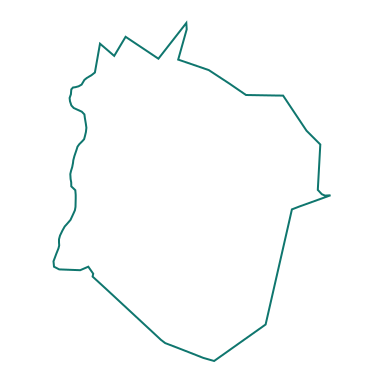 the district of Nova Santa Rita, Piauí, Brazil
{"feature_id": "56859067B4327076074901", "entity_name": "Nova Santa Rita", "entity_type": "district", "adm_level": 2, "iso_a3": "BRA", "parent_name": "Brazil", "parent_adm1": "Piauí", "projection": "natural_earth1", "projection_center": [-42.096, -8.116], "detail": "fine", "context": "isolated", "style": "outline", "palette": "teal", "viewbox_px": 384, "rotation_deg": 0, "n_neighbors": 0, "source": "geoboundaries", "source_scale": "gbopen_adm2", "svg_char_len": 1112}
<svg xmlns="http://www.w3.org/2000/svg" viewBox="0 0 384 384"><path d="M186.3,23.0L158.4,58.7L125.6,36.8L114.2,55.9L100.0,43.7L94.9,72.5L91.6,75.1L86.9,77.9L84.4,79.9L81.6,84.6L78.6,86.3L75.3,87.2L73.0,87.5L71.3,89.4L70.9,94.3L69.6,98.0L70.0,101.3L71.4,105.5L73.7,108.0L81.8,111.7L84.4,114.4L84.9,118.2L85.8,123.5L86.4,127.8L85.9,132.1L85.0,135.9L84.1,139.2L82.4,141.1L79.3,144.2L77.5,146.7L76.5,149.9L74.4,156.1L73.3,160.3L73.0,163.0L72.2,167.1L71.0,171.0L70.3,174.1L70.6,179.0L71.2,182.3L71.3,186.4L75.3,190.2L75.7,194.9L75.7,198.6L75.5,206.9L74.9,210.3L73.6,213.2L70.5,219.9L66.6,224.4L64.7,226.5L62.4,230.6L60.0,235.6L59.0,239.3L59.0,242.6L59.2,245.4L58.5,248.3L56.3,253.8L55.2,256.8L53.5,261.3L54.0,266.7L59.2,269.4L80.2,270.2L88.3,266.7L93.2,273.7L92.6,276.6L106.9,289.7L161.0,339.9L165.2,343.1L178.8,348.3L203.3,357.9L214.1,361.0L265.6,324.5L267.5,316.3L289.1,221.8L291.9,209.4L299.4,206.5L330.5,195.3L325.0,195.6L321.8,194.2L317.8,189.9L320.3,144.5L306.5,130.7L283.1,95.6L275.0,95.5L246.0,95.0L229.4,83.6L208.8,70.1L178.2,59.6L186.7,29.3L186.3,23.0Z" fill="none" stroke="#0f766e" stroke-width="2"/></svg>